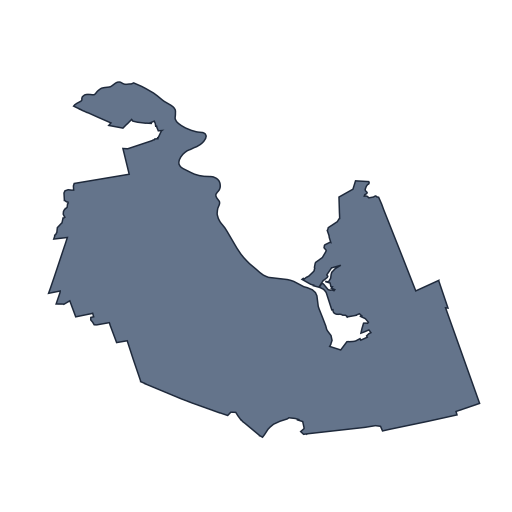 Valgundes pag., Jelgava, Latvia, rotated 175°
{"feature_id": "27541924B46237996124836", "entity_name": "Valgundes pag.", "entity_type": "district", "adm_level": 2, "iso_a3": "LVA", "parent_name": "Latvia", "parent_adm1": "Jelgava", "projection": "natural_earth1", "projection_center": [23.642, 56.791], "detail": "fine", "context": "isolated", "style": "filled", "palette": "slate", "viewbox_px": 512, "rotation_deg": 175, "n_neighbors": 0, "source": "geoboundaries", "source_scale": "gbopen_adm2", "svg_char_len": 6003}
<svg xmlns="http://www.w3.org/2000/svg" viewBox="0 0 512 512"><g transform="rotate(175 256 256)"><path d="M99.3,76.3L69.6,80.2L70.3,83.7L46.1,89.7L71.7,187.9L69.3,187.4L76.1,215.3L76.0,215.8L99.9,207.3L110.2,242.3L124.8,291.1L126.3,296.7L128.7,303.8L130.5,304.4L131.2,305.2L131.9,305.4L132.6,305.1L133.9,304.5L138.5,304.1L139.0,304.5L139.4,305.3L140.1,305.8L141.4,306.2L142.9,306.2L142.6,307.0L142.2,307.7L140.9,308.2L140.2,308.6L139.8,309.3L139.8,309.7L140.9,311.0L141.3,311.7L141.4,312.1L141.4,312.9L140.5,314.9L139.6,316.4L138.6,317.4L137.5,317.9L137.1,318.5L136.9,319.2L137.2,320.3L150.3,322.2L153.6,314.1L168.2,307.5L169.1,292.0L169.2,289.3L169.4,286.0L169.8,285.9L170.1,285.7L172.0,283.1L181.5,278.0L182.3,275.8L182.8,275.3L181.5,270.0L181.4,268.0L180.3,262.9L180.8,263.1L181.4,263.1L186.3,261.2L186.9,260.6L187.5,258.3L186.9,257.4L185.6,255.6L185.7,255.0L186.1,254.2L190.0,248.7L197.2,244.4L197.7,243.4L198.8,239.6L198.7,239.1L198.5,238.8L199.0,237.7L199.3,236.3L199.7,235.9L200.5,235.1L205.1,231.4L206.9,230.6L207.5,230.5L209.9,228.9L210.8,229.6L212.2,228.7L204.2,223.2L203.2,222.7L201.1,221.9L201.4,221.4L195.7,219.3L194.3,218.6L191.9,217.1L191.1,216.3L189.7,214.3L189.2,213.3L185.2,195.7L184.1,195.8L184.2,195.2L183.8,193.5L183.6,193.0L183.1,192.3L182.0,191.5L180.9,191.0L178.9,190.7L178.1,190.8L176.2,190.4L174.8,189.5L172.1,189.2L170.4,187.9L170.8,187.5L170.4,187.1L170.0,187.4L161.3,188.2L161.3,188.4L158.0,189.5L156.4,187.7L155.9,187.2L157.1,186.8L156.7,186.4L152.9,184.3L152.2,183.6L150.1,180.6L150.1,180.3L149.9,180.1L150.7,179.2L151.4,179.4L153.5,179.7L154.7,179.7L156.8,174.4L158.2,170.0L154.9,170.9L150.0,172.5L149.6,172.0L148.2,169.6L150.3,168.8L152.8,166.8L152.2,165.4L159.0,163.0L159.6,164.6L164.3,162.6L166.6,162.4L170.7,162.5L171.4,162.7L172.9,162.7L179.8,155.0L187.4,158.2L190.5,159.5L189.2,161.4L188.9,162.3L187.6,165.3L188.2,170.2L191.2,175.0L192.0,176.7L192.6,180.2L195.0,188.6L197.8,197.9L198.4,200.5L198.8,211.0L200.0,214.4L202.8,217.4L207.7,220.0L211.0,221.2L220.6,227.4L223.8,228.8L226.8,229.8L244.8,233.5L245.6,233.7L247.7,234.8L250.3,236.3L253.6,239.2L256.8,242.6L263.2,249.0L265.6,251.9L268.4,255.5L270.9,259.2L274.3,265.4L282.5,282.7L284.6,286.8L288.0,291.8L289.0,293.5L290.3,296.8L290.8,299.4L291.0,300.4L291.0,301.8L290.5,304.6L289.9,306.9L288.2,310.1L287.7,311.5L287.6,312.8L287.8,313.7L290.0,317.2L290.7,319.1L290.7,320.0L290.6,320.9L289.1,322.8L288.0,323.8L286.9,325.0L286.3,326.1L285.8,327.3L285.5,328.8L285.5,330.9L285.7,332.2L286.1,333.4L286.4,334.2L286.9,334.9L287.6,335.8L288.8,336.9L291.6,338.5L293.6,339.0L300.8,339.9L302.4,340.3L305.6,341.1L310.2,342.9L313.7,344.9L321.0,349.4L322.9,350.9L324.0,352.5L324.7,354.2L324.7,356.1L324.2,357.8L323.9,358.6L322.3,361.2L320.0,363.7L317.6,365.5L315.4,366.8L313.8,367.4L311.9,367.9L308.3,369.3L305.5,370.1L301.8,371.9L300.0,373.1L298.1,374.7L296.0,377.4L295.2,379.8L295.5,380.9L295.9,382.0L296.8,382.8L298.2,383.6L302.9,384.5L304.5,384.9L309.5,386.8L315.1,389.7L319.1,392.5L321.7,394.8L323.3,396.6L323.8,397.6L324.4,399.1L324.6,399.9L324.5,401.1L324.0,403.5L323.6,407.2L323.7,408.6L324.2,409.7L324.8,410.8L325.7,411.9L327.5,413.5L333.9,418.0L335.3,419.2L340.5,424.3L343.9,427.3L351.2,432.4L355.1,434.9L362.8,439.1L365.1,438.3L367.5,438.4L369.9,438.3L370.9,438.4L371.7,438.5L373.3,439.2L375.2,440.5L376.0,441.0L376.9,441.2L378.3,441.3L379.6,441.0L380.8,440.5L385.2,437.8L386.3,437.3L387.9,437.1L392.3,437.0L394.9,436.7L396.2,436.2L398.5,434.8L399.8,433.8L401.8,431.7L402.7,431.0L403.2,430.8L404.5,430.8L407.4,431.4L410.3,431.7L412.3,431.5L413.3,431.0L414.9,429.9L415.3,429.4L415.8,428.0L415.8,427.1L416.0,426.4L416.9,425.5L420.9,423.8L421.7,423.4L423.4,422.4L424.6,421.2L421.8,419.5L418.3,417.5L418.5,417.4L416.9,416.6L416.8,416.4L415.0,415.4L414.7,415.4L414.5,415.2L411.6,413.5L411.3,413.6L401.7,408.2L388.9,401.2L391.3,398.9L377.4,395.0L373.3,398.5L373.2,398.5L372.6,398.9L368.0,402.9L367.7,402.5L367.3,401.4L366.9,401.1L362.4,399.6L354.3,397.9L353.4,397.9L348.2,397.1L349.4,398.0L345.6,399.2L344.8,396.8L344.6,394.0L343.7,394.0L343.5,392.6L342.4,389.2L338.8,389.2L339.3,388.9L343.0,382.6L343.6,382.5L343.5,381.4L346.7,381.4L347.1,380.7L348.4,380.5L349.4,380.0L351.0,379.6L374.5,374.0L379.2,374.7L375.2,348.5L430.8,344.1L431.8,341.7L431.9,337.5L434.1,337.7L437.3,338.4L440.6,337.6L441.7,335.7L441.8,335.3L442.0,329.0L442.1,328.0L441.6,327.9L440.1,326.5L438.6,326.1L438.5,325.2L438.9,324.4L439.2,324.3L439.9,321.0L440.8,320.2L441.8,320.0L442.1,319.3L442.7,319.0L443.9,317.2L444.4,314.5L443.6,312.4L443.0,311.3L444.2,310.6L444.9,310.7L446.3,306.2L446.6,305.7L446.9,305.6L451.4,301.6L452.4,296.6L453.1,296.0L453.5,294.9L454.7,294.3L454.9,293.0L456.0,290.5L442.3,290.9L445.3,283.8L445.6,283.2L458.9,252.5L463.5,242.1L465.9,236.9L454.1,238.2L454.2,237.3L455.1,235.1L459.3,225.6L452.0,224.9L451.7,224.6L445.4,227.6L440.9,211.1L425.3,212.9L423.7,213.2L423.0,209.6L425.9,209.2L426.2,206.7L424.5,204.3L423.2,201.6L421.0,201.3L420.4,201.3L407.9,202.4L407.5,200.7L407.5,200.3L402.4,181.9L391.7,182.8L387.3,163.8L381.8,141.4L381.8,141.2L381.9,140.9L377.9,138.8L377.3,138.4L377.5,138.3L343.1,120.3L332.4,115.1L305.9,102.9L305.8,103.0L298.1,99.6L294.8,102.5L294.6,102.6L289.8,102.0L287.9,98.3L285.2,93.9L285.0,94.0L283.5,92.0L281.9,90.6L268.3,77.1L268.2,76.6L267.6,76.5L265.3,74.9L263.1,77.3L259.1,82.4L256.8,84.4L253.2,86.9L246.5,89.3L239.0,91.0L237.3,92.0L231.0,90.7L228.3,89.6L228.9,89.4L229.0,89.1L223.9,87.0L223.1,80.7L223.2,79.8L226.8,77.2L224.1,74.2L221.4,74.4L221.0,74.0L220.6,74.4L162.5,75.8L151.8,76.6L146.8,75.5L145.2,70.7L138.0,71.7L99.3,76.3ZM188.6,224.5L188.6,224.2L184.5,222.6L184.1,219.1L182.6,218.6L183.8,217.4L180.4,215.6L181.3,214.6L183.2,215.5L184.8,215.5L184.9,215.4L187.1,216.2L190.8,221.6L191.6,222.5L193.0,222.9L195.0,220.1L195.3,219.6L195.8,219.8L191.1,225.8L190.3,226.1L186.8,228.5L186.2,229.6L186.8,230.4L187.1,230.9L187.1,231.1L181.7,237.7L181.4,237.6L172.3,239.4L178.2,236.5L181.9,233.2L182.7,231.2L183.6,227.3L186.0,224.0L188.6,224.5Z" fill="#64748b" stroke="#1e293b" stroke-width="1.5"/></g></svg>